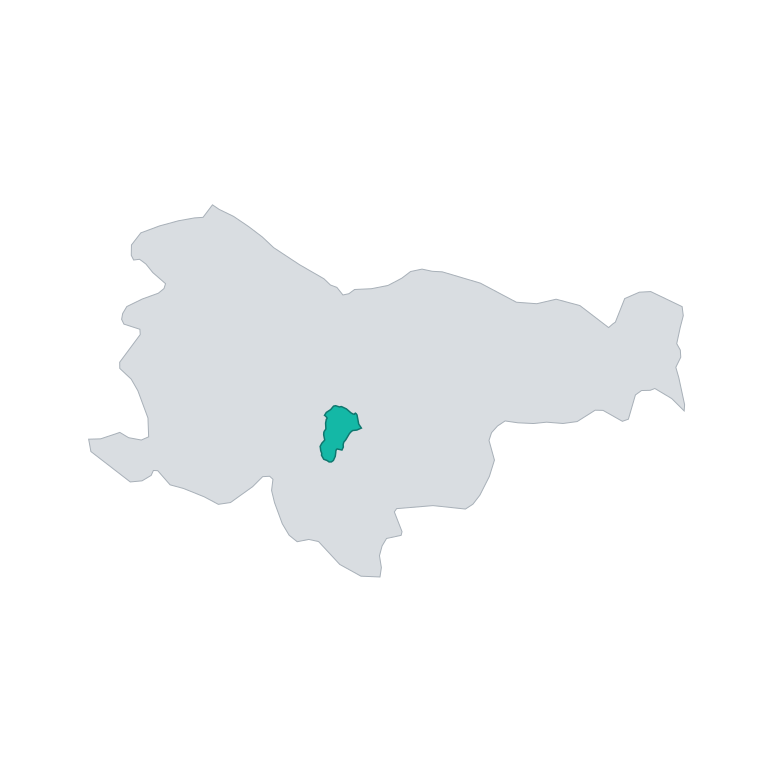 location of Ivancna Gorica within Slovenia, rotated 23°
{"feature_id": "SVN-955", "entity_name": "Ivancna Gorica", "entity_type": "Municipality", "adm_level": 1, "iso_a3": "SVN", "parent_name": "Slovenia", "parent_adm1": "", "projection": "mercator", "projection_center": [14.807, 45.902], "detail": "fine", "context": "in_parent", "style": "filled", "palette": "teal", "viewbox_px": 768, "rotation_deg": 23, "n_neighbors": 0, "source": "natural_earth", "source_scale": "10m", "svg_char_len": 2511}
<svg xmlns="http://www.w3.org/2000/svg" viewBox="0 0 768 768"><g transform="rotate(23 384 384)"><path d="M670.8,291.5L654.6,285.0L635.1,282.3L631.5,285.8L623.6,289.4L619.7,295.8L622.7,320.9L618.0,325.2L595.9,322.7L588.6,325.6L576.5,343.1L564.2,350.4L548.6,355.6L537.0,362.0L522.4,367.4L509.9,370.7L504.9,378.3L502.0,386.8L502.7,394.9L515.4,410.9L517.1,427.9L515.7,448.8L512.8,459.9L507.8,467.3L476.6,476.8L444.3,493.8L443.5,497.7L458.3,512.9L458.9,516.6L446.7,525.2L445.5,533.8L446.9,543.8L453.3,554.0L455.7,563.2L437.9,569.9L413.8,567.4L385.3,554.6L375.4,556.5L365.7,563.1L355.8,560.3L345.0,552.4L329.6,536.0L322.1,525.9L319.0,515.1L314.8,513.6L308.5,516.7L303.2,529.8L289.0,553.1L278.5,559.5L262.6,558.1L240.3,558.5L226.5,560.4L209.6,552.2L205.5,553.7L205.4,559.1L199.1,567.7L188.7,573.3L140.6,560.7L133.7,550.2L144.6,545.2L159.7,531.8L169.9,533.2L182.5,530.4L188.0,524.6L180.0,507.5L160.0,486.3L149.4,478.3L134.7,472.9L132.2,467.2L140.3,433.7L137.9,429.0L121.2,430.5L117.2,427.0L115.9,421.2L117.0,413.2L128.3,400.2L140.8,388.6L144.2,382.1L143.7,377.0L127.7,371.8L118.0,366.6L110.3,364.7L105.1,367.7L101.1,364.3L97.2,354.7L101.1,339.9L115.6,326.2L131.1,314.0L144.6,305.2L152.3,301.3L156.1,286.1L164.1,287.7L180.1,288.5L197.9,292.0L214.5,296.2L229.1,301.6L259.7,307.2L287.6,310.6L296.0,313.8L302.9,313.5L311.4,318.1L316.4,314.6L320.0,308.5L335.2,301.2L349.2,291.7L359.0,279.7L364.5,270.1L374.1,263.4L384.4,261.4L393.8,258.0L433.3,253.5L473.9,257.0L493.3,250.4L509.3,238.7L532.6,235.4L533.8,235.3L568.7,244.3L571.3,239.0L572.8,236.7L572.2,211.3L583.2,199.7L593.4,194.7L628.2,196.3L632.8,204.2L634.6,216.3L637.7,232.5L643.5,237.0L646.7,243.4L646.1,254.6L652.9,263.0L668.8,285.6L670.8,291.5Z" fill="#d9dde1" stroke="#a8b0b8" stroke-width="1"/><path d="M346.2,424.1L347.9,422.9L352.1,422.5L352.6,422.0L353.7,421.4L359.1,421.6L365.0,423.5L367.3,423.7L368.6,423.4L368.7,422.5L369.1,422.0L370.1,422.3L371.3,423.1L376.4,430.8L380.4,433.4L377.0,437.0L373.3,439.1L372.1,441.4L371.5,443.4L370.6,450.3L369.7,453.3L370.1,455.8L371.2,457.9L371.1,461.2L366.3,462.1L365.8,462.8L365.8,464.4L366.3,465.7L367.4,469.6L367.3,474.1L366.0,476.3L363.9,477.2L361.6,476.7L357.9,476.8L354.3,474.0L353.8,472.2L351.8,470.1L350.5,467.8L349.6,466.4L349.9,462.8L351.1,459.4L351.3,458.7L348.3,454.3L347.5,451.9L347.5,450.7L347.9,449.1L348.0,447.9L345.5,442.8L345.1,440.7L344.7,439.1L345.0,438.2L344.9,437.6L344.1,437.0L342.2,436.2L341.5,436.1L342.0,432.7L344.9,428.4L346.2,424.1Z" fill="#14b8a6" stroke="#0f766e" stroke-width="1.5"/></g></svg>